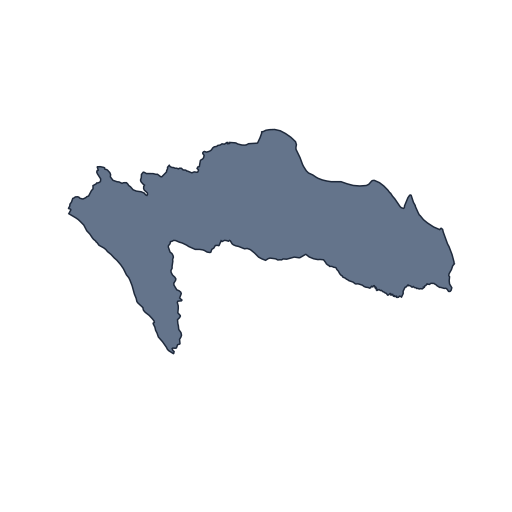 Oña, Azuay, Ecuador, rotated 297°
{"feature_id": "8360857B30899779173578", "entity_name": "Oña", "entity_type": "district", "adm_level": 2, "iso_a3": "ECU", "parent_name": "Ecuador", "parent_adm1": "Azuay", "projection": "equal_earth", "projection_center": [-79.149, -3.497], "detail": "fine", "context": "isolated", "style": "filled", "palette": "slate", "viewbox_px": 512, "rotation_deg": 297, "n_neighbors": 0, "source": "geoboundaries", "source_scale": "gbopen_adm2", "svg_char_len": 6105}
<svg xmlns="http://www.w3.org/2000/svg" viewBox="0 0 512 512"><g transform="rotate(297 256 256)"><path d="M131.8,226.9L133.7,226.4L134.2,224.6L135.5,223.3L136.1,223.6L137.5,226.5L138.2,226.8L141.4,226.4L142.9,228.0L143.5,228.0L147.1,225.7L149.6,225.9L151.6,225.6L153.6,224.0L155.5,220.5L158.6,218.5L160.2,217.1L163.6,215.0L166.4,215.9L168.1,215.9L168.6,215.5L169.9,212.1L174.1,210.5L176.3,209.3L178.8,207.0L180.0,206.8L180.4,207.1L182.2,209.9L183.1,210.0L183.9,207.0L188.5,206.5L189.6,205.4L190.1,203.2L189.9,200.8L192.8,196.1L194.5,195.1L197.7,195.4L199.2,195.0L200.3,193.2L201.1,190.3L202.9,187.8L204.4,186.8L207.0,186.8L208.7,185.9L213.5,184.3L215.0,183.3L217.5,182.9L218.7,181.9L220.0,180.0L220.5,177.6L224.2,173.8L225.3,173.3L227.8,173.8L230.0,173.3L230.9,174.4L232.6,175.6L233.3,177.5L233.5,181.2L234.1,184.4L234.2,189.2L233.9,191.6L234.3,198.8L236.3,202.8L237.3,205.8L237.5,207.5L237.3,210.6L238.2,213.4L238.9,214.0L241.8,213.6L243.9,214.8L246.9,215.0L248.0,216.8L248.3,218.1L248.6,218.3L253.8,218.0L253.5,219.2L255.7,220.9L256.3,222.6L256.7,224.8L257.9,225.3L257.8,226.3L256.0,229.2L255.7,230.9L255.9,233.5L256.6,236.0L257.2,242.5L258.7,244.7L259.0,246.9L259.1,248.2L258.0,253.4L256.2,258.8L256.1,262.4L256.5,266.5L259.0,267.9L260.5,269.4L262.4,274.8L262.4,277.3L263.4,278.8L264.2,280.6L265.7,281.5L267.1,284.8L272.4,290.6L274.0,295.3L274.6,296.0L279.9,299.4L280.1,299.9L279.3,303.8L279.7,308.6L280.9,312.8L282.0,314.6L283.3,317.9L281.8,321.0L281.0,322.2L280.6,323.8L280.6,325.6L280.1,326.2L281.2,328.4L281.3,330.5L281.8,331.9L281.7,332.9L280.7,334.1L280.0,336.1L278.2,338.7L277.4,340.7L277.4,341.9L276.6,343.0L276.8,345.7L276.4,347.1L276.5,348.3L276.2,349.9L276.8,354.3L276.3,357.0L276.5,357.8L277.5,359.4L277.8,360.8L278.3,364.1L277.9,366.2L278.1,368.1L278.9,370.4L278.9,371.7L279.7,372.5L281.4,372.6L281.5,374.1L282.7,374.1L283.2,374.6L283.2,375.0L281.6,376.8L281.5,377.1L281.9,377.2L282.3,376.5L282.6,376.7L282.5,377.2L281.6,378.0L281.1,379.6L280.7,379.7L280.3,379.1L280.2,379.4L282.0,380.9L281.7,382.5L282.3,383.4L281.8,385.3L282.0,386.1L281.7,387.9L281.9,389.0L280.9,391.0L281.4,391.7L283.5,392.5L283.4,393.6L282.5,393.8L282.7,394.4L283.8,395.2L282.9,396.1L282.6,396.9L282.7,397.2L283.4,397.2L283.4,397.6L283.0,398.2L283.9,399.4L283.0,400.0L283.5,401.1L284.0,401.7L285.3,402.0L285.6,403.2L285.5,404.3L289.3,404.2L291.4,403.1L295.4,403.0L296.1,403.2L296.5,403.8L299.2,404.6L298.8,405.4L299.3,406.1L299.5,407.5L299.1,408.5L299.1,409.3L300.2,410.0L299.8,411.5L300.3,412.9L300.0,414.0L300.6,414.8L300.7,416.4L301.5,417.3L302.2,419.1L303.8,419.8L304.3,419.4L304.7,420.2L306.0,420.0L306.8,420.7L308.9,421.1L308.8,422.0L309.3,422.8L309.4,423.4L311.1,424.3L312.4,427.1L312.2,427.5L312.1,429.6L311.7,430.7L311.4,433.9L311.9,434.9L312.6,438.5L313.2,439.4L313.4,440.2L313.1,441.5L311.9,443.6L312.1,444.3L312.7,445.1L314.1,445.4L316.6,444.9L319.0,441.1L321.8,439.3L325.4,437.9L326.0,436.7L326.6,436.4L328.0,436.1L332.6,436.3L336.6,435.7L339.1,436.3L339.2,435.9L340.5,435.2L346.3,430.0L352.0,423.7L353.7,421.2L362.3,412.0L364.4,410.2L364.8,408.5L364.5,408.1L362.9,407.7L362.5,401.1L363.3,393.7L364.4,388.7L366.5,383.9L366.7,382.9L368.2,380.8L372.4,375.6L373.3,374.9L375.3,371.9L380.5,366.7L380.4,365.7L379.8,365.3L376.9,364.9L368.0,365.6L366.9,366.1L365.9,366.1L365.3,365.7L365.0,363.5L365.4,362.0L370.0,353.6L371.3,350.4L373.1,347.3L373.1,346.5L374.6,343.5L376.4,338.1L377.4,332.8L377.1,327.1L376.5,326.0L375.5,325.1L371.0,323.9L368.9,322.3L365.5,316.7L363.0,310.6L361.7,304.5L360.8,298.0L356.4,289.4L355.0,285.2L353.9,280.7L353.4,276.1L353.5,273.7L354.0,269.8L353.8,265.1L354.7,262.2L357.3,257.8L358.7,255.9L363.6,250.6L369.2,243.2L371.0,242.2L373.5,241.5L375.8,239.3L377.6,233.2L378.5,226.8L378.6,220.8L377.2,215.2L374.7,210.7L372.5,207.7L370.3,206.1L369.2,204.7L368.0,205.3L363.3,205.9L357.5,206.1L357.0,205.7L352.7,198.4L350.7,197.0L349.7,195.7L348.5,193.1L347.5,188.8L347.6,186.8L347.1,185.4L345.3,181.1L344.7,181.4L344.1,181.2L343.1,179.7L343.3,179.3L344.2,179.7L344.4,179.4L343.9,178.5L341.3,177.1L340.5,174.8L338.6,173.7L337.1,171.7L335.8,171.2L334.3,169.2L332.7,168.4L330.1,168.1L328.2,167.0L326.1,164.8L325.7,162.5L324.9,161.9L323.9,161.7L323.1,162.1L322.1,164.1L319.8,164.7L318.1,164.4L316.9,163.5L315.8,163.1L310.0,164.9L308.8,163.7L307.2,163.8L306.8,165.4L306.4,165.8L304.4,166.0L303.8,165.5L302.9,162.8L301.1,161.2L300.9,160.7L300.6,156.4L300.3,155.9L300.6,154.4L299.6,152.0L300.3,149.7L299.5,148.0L298.4,147.3L298.2,145.4L297.4,144.0L297.4,142.4L296.7,140.9L296.7,139.0L297.4,137.5L294.9,136.9L293.6,137.6L291.6,137.6L290.2,138.1L283.8,136.1L283.4,134.9L284.1,131.1L283.3,129.7L282.7,126.9L279.7,120.9L279.8,118.5L279.5,117.5L276.7,116.9L273.5,118.3L271.7,118.5L270.7,119.0L269.9,120.0L268.8,122.7L268.5,124.5L266.9,124.4L265.0,125.3L264.0,126.6L262.9,130.6L261.6,131.4L260.4,131.3L260.4,129.8L261.3,127.9L261.1,124.5L259.5,119.9L259.2,116.4L260.7,112.7L261.0,110.6L262.0,108.9L262.5,107.3L261.1,104.6L259.9,103.7L259.8,100.3L259.1,98.6L258.5,94.2L260.4,90.3L262.5,89.5L263.9,87.9L265.1,84.7L265.2,83.7L264.8,82.3L265.0,81.6L265.8,81.1L265.8,80.1L264.9,76.7L263.5,74.2L263.0,74.3L260.9,76.5L260.5,76.4L260.0,75.7L258.5,76.0L257.3,77.3L254.2,82.6L252.1,83.5L250.7,83.2L249.2,81.8L248.9,81.0L247.5,80.7L244.7,78.8L241.9,80.3L239.6,79.7L233.4,79.6L232.0,78.3L230.8,77.9L228.4,76.1L228.0,75.3L227.5,72.6L228.0,71.5L227.8,70.2L226.6,68.2L224.8,67.3L224.1,66.6L220.2,67.1L217.8,66.7L215.9,67.4L213.4,67.3L213.2,67.7L213.5,69.1L213.4,69.8L212.9,70.1L208.7,70.0L208.2,78.0L207.8,81.0L207.0,83.7L205.4,88.5L201.6,93.8L200.1,98.0L197.9,101.9L197.1,103.7L196.6,106.2L196.0,107.1L195.8,108.3L194.3,111.2L194.1,116.7L193.6,119.3L192.5,121.7L191.6,126.1L189.9,130.6L189.1,133.8L186.8,139.4L184.5,143.6L180.4,149.1L178.9,152.5L177.3,154.6L173.3,159.1L166.9,164.9L163.9,168.4L161.3,170.6L160.5,172.2L158.7,178.6L156.8,180.1L156.0,181.6L155.5,183.0L154.6,187.8L153.1,191.9L151.9,194.6L150.6,195.6L149.6,194.9L149.0,195.1L146.7,198.2L144.2,200.3L142.4,202.8L139.5,205.8L137.1,211.8L134.0,217.6L132.6,219.5L132.0,221.3L131.5,226.7L131.8,226.9Z" fill="#64748b" stroke="#1e293b" stroke-width="1.5"/></g></svg>